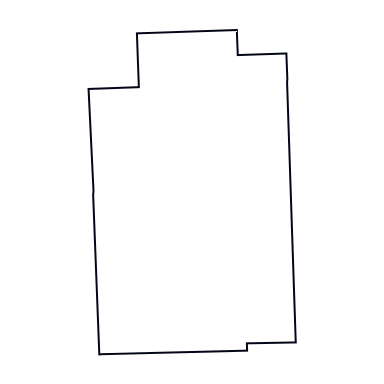 Coshocton, Ohio, United States of America (Robinson projection), rotated 266°
{"feature_id": "52423323B75653296475511", "entity_name": "Coshocton", "entity_type": "district", "adm_level": 2, "iso_a3": "USA", "parent_name": "United States of America", "parent_adm1": "Ohio", "projection": "robinson", "projection_center": [-81.897, 40.304], "detail": "fine", "context": "isolated", "style": "outline", "palette": "ink", "viewbox_px": 384, "rotation_deg": 266, "n_neighbors": 0, "source": "geoboundaries", "source_scale": "gbopen_adm2", "svg_char_len": 346}
<svg xmlns="http://www.w3.org/2000/svg" viewBox="0 0 384 384"><g transform="rotate(266 192 192)"><path d="M36.4,88.2L36.5,90.6L29.9,235.9L37.2,236.2L34.7,285.0L295.0,294.5L298.2,295.0L323.6,295.8L325.4,247.2L350.5,248.0L354.1,148.1L300.3,146.3L302.0,96.0L199.6,93.8L196.3,93.2L36.4,88.2Z" fill="none" stroke="#020617" stroke-width="2"/></g></svg>